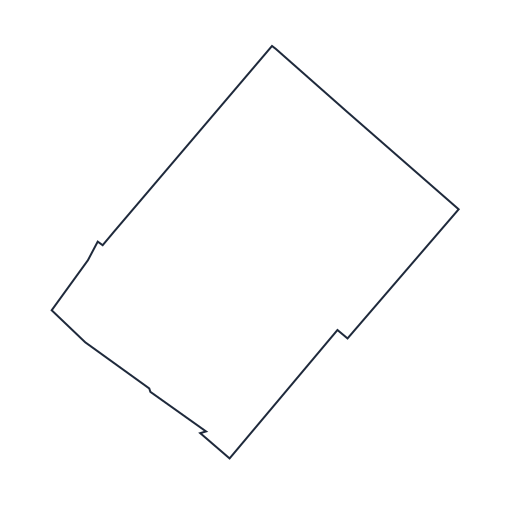 the district of Logan, Ohio, United States of America, rotated 306°
{"feature_id": "52423323B19570537341993", "entity_name": "Logan", "entity_type": "district", "adm_level": 2, "iso_a3": "USA", "parent_name": "United States of America", "parent_adm1": "Ohio", "projection": "robinson", "projection_center": [-83.821, 40.384], "detail": "fine", "context": "isolated", "style": "outline", "palette": "slate", "viewbox_px": 512, "rotation_deg": 306, "n_neighbors": 0, "source": "geoboundaries", "source_scale": "gbopen_adm2", "svg_char_len": 375}
<svg xmlns="http://www.w3.org/2000/svg" viewBox="0 0 512 512"><g transform="rotate(306 256 256)"><path d="M435.2,150.1L435.3,145.5L192.0,126.8L174.6,125.6L174.6,119.5L153.8,122.5L92.0,122.6L85.8,168.6L86.1,247.5L84.0,250.4L84.7,318.7L79.9,315.0L76.7,353.6L244.0,365.4L243.1,378.5L412.9,392.5L426.2,244.7L435.2,150.1Z" fill="none" stroke="#1e293b" stroke-width="2"/></g></svg>